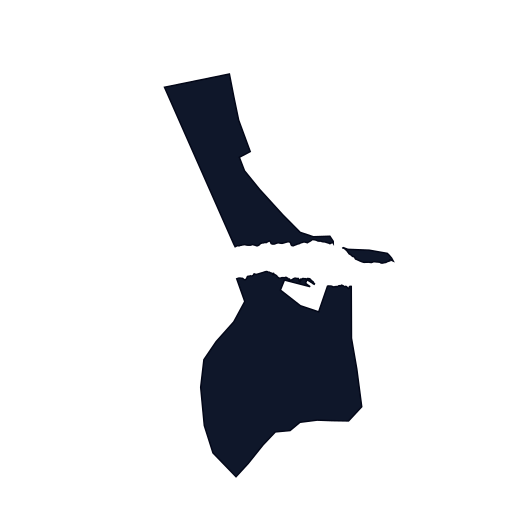 the district of Zemam Out, Al Bahr al Ahmar, Egypt, rotated 65°
{"feature_id": "37247803B53216268294562", "entity_name": "Zemam Out", "entity_type": "district", "adm_level": 2, "iso_a3": "EGY", "parent_name": "Egypt", "parent_adm1": "Al Bahr al Ahmar", "projection": "orthographic", "projection_center": [31.011, 28.84], "detail": "fine", "context": "isolated", "style": "filled", "palette": "ink", "viewbox_px": 512, "rotation_deg": 65, "n_neighbors": 0, "source": "geoboundaries", "source_scale": "gbopen_adm2", "svg_char_len": 5942}
<svg xmlns="http://www.w3.org/2000/svg" viewBox="0 0 512 512"><g transform="rotate(65 256 256)"><path d="M268.5,283.1L292.5,285.4L306.3,304.0L316.7,328.2L327.9,347.0L351.6,361.6L387.8,374.5L416.3,378.2L447.6,367.4L440.7,350.7L430.2,329.5L423.6,312.8L428.6,298.9L425.3,286.4L430.6,269.9L437.4,256.6L444.6,241.8L437.3,223.9L401.0,212.4L370.8,204.2L323.8,182.5L323.5,182.9L323.4,183.5L323.2,184.0L323.6,184.7L323.7,184.8L323.9,184.9L324.4,185.1L324.6,185.5L324.6,185.9L324.5,186.1L324.2,186.4L323.9,186.4L322.7,186.7L322.2,186.9L321.8,187.1L321.7,187.3L321.4,187.6L321.4,187.8L321.3,188.5L321.1,188.9L320.8,189.1L319.8,189.6L318.6,190.7L318.6,190.9L318.6,191.3L318.8,191.6L319.1,191.8L319.1,192.0L319.0,192.3L318.5,192.5L318.1,193.0L318.0,193.4L318.2,195.6L318.0,195.8L317.8,195.8L317.4,196.4L317.4,197.8L316.9,198.1L316.9,198.5L316.9,198.8L317.0,198.9L317.0,199.2L316.9,199.3L316.2,199.4L316.0,199.6L315.9,199.9L315.4,200.1L315.3,200.3L315.0,200.7L314.7,201.2L314.2,202.3L313.8,202.9L313.6,203.5L313.6,204.0L333.1,222.8L319.8,236.8L297.2,248.3L289.8,240.4L306.7,219.9L305.5,220.5L304.9,220.9L302.3,222.3L301.4,222.4L300.5,221.4L300.3,221.1L299.9,220.8L299.7,220.4L299.6,220.0L299.6,219.6L299.9,219.2L300.8,218.7L301.3,218.3L301.7,218.1L302.5,217.5L303.0,217.3L303.4,216.9L305.5,215.8L306.2,215.2L305.8,214.7L304.8,215.1L304.8,215.3L304.5,215.5L304.2,215.4L303.8,215.1L303.7,215.1L301.5,216.2L301.5,216.3L300.6,216.4L300.2,216.7L299.5,216.8L299.3,216.9L299.3,217.3L299.1,217.6L298.8,217.7L298.7,217.8L298.7,218.1L298.2,218.7L298.1,219.0L298.2,219.6L298.6,220.0L298.6,220.3L298.5,220.6L298.4,220.7L298.1,220.7L297.8,220.6L297.5,220.7L297.0,221.8L296.4,222.6L296.1,223.4L296.1,223.8L296.3,224.0L296.7,224.4L296.8,224.7L296.7,224.9L296.4,225.1L296.0,225.1L295.8,225.3L295.8,225.5L296.0,225.8L296.5,225.8L297.0,225.9L297.4,226.4L297.8,226.7L298.0,227.0L297.8,227.3L297.5,227.5L297.1,227.4L296.8,227.4L295.4,227.2L294.5,227.2L294.1,227.3L294.0,227.8L293.7,228.4L293.6,228.7L292.9,229.3L292.8,229.7L292.5,230.2L292.4,231.9L292.5,232.2L292.7,232.8L292.7,233.7L292.6,234.1L292.7,234.7L292.7,235.1L292.6,235.6L292.4,235.7L292.1,235.9L291.6,235.5L291.4,235.3L291.1,235.4L290.9,235.5L290.8,236.1L290.6,236.5L290.3,236.6L289.6,236.6L289.2,236.9L288.9,237.3L288.5,237.4L288.2,237.6L288.2,237.8L287.9,238.1L287.8,238.4L287.8,238.9L287.8,239.2L287.4,240.1L287.2,240.3L286.9,241.0L286.7,241.3L286.5,241.9L286.4,243.2L286.2,243.7L285.7,244.5L284.4,245.2L283.9,245.5L283.4,245.5L282.8,245.6L281.8,246.1L280.1,247.4L279.2,247.4L279.2,247.7L280.0,247.8L280.3,248.0L280.3,248.4L280.1,248.6L279.6,248.8L278.8,248.6L278.3,248.9L277.4,250.0L276.2,250.9L275.6,252.1L275.0,252.3L274.4,253.2L274.1,254.7L273.9,256.8L273.6,258.6L273.2,261.5L273.0,262.6L272.9,263.4L271.8,264.9L271.4,265.2L271.6,265.8L272.0,266.1L272.3,266.6L272.5,267.2L272.3,267.6L272.4,267.8L272.2,268.8L272.0,269.2L271.8,269.5L271.5,269.6L271.6,270.2L271.5,270.6L271.0,271.8L271.0,272.3L271.3,272.9L272.1,273.6L272.9,274.9L273.0,275.8L272.8,276.3L272.5,276.6L271.9,277.0L270.8,277.5L270.3,278.0L270.2,278.4L269.1,280.0L269.0,280.6L268.7,281.1L268.5,283.1ZM277.1,180.6L275.3,179.8L269.3,180.7L262.8,195.9L253.2,206.0L229.8,214.4L197.1,224.6L173.9,230.4L159.5,229.4L158.9,217.1L125.5,214.3L103.1,209.0L79.8,203.2L64.4,267.6L235.7,271.1L238.8,271.0L238.7,268.9L238.8,268.5L239.6,267.1L239.7,266.6L239.6,266.3L239.7,265.9L240.0,264.8L240.2,263.7L240.3,263.2L240.6,262.4L240.7,262.0L240.9,261.3L241.9,260.2L242.8,258.7L243.0,258.3L243.2,257.9L243.3,257.5L243.6,257.1L243.9,256.2L244.0,255.7L244.0,255.0L243.9,254.6L245.9,252.2L247.1,251.0L247.3,250.6L247.3,250.1L247.4,249.6L247.3,248.5L247.1,248.2L246.6,246.5L246.8,244.8L247.0,244.4L247.3,243.5L247.4,242.8L247.3,242.4L247.3,242.1L247.8,241.7L248.1,241.3L248.2,240.6L248.0,240.0L248.0,238.0L247.9,237.5L248.2,237.2L249.5,236.9L250.5,237.0L251.1,237.0L251.6,236.6L252.1,236.1L252.4,235.5L252.9,234.3L253.0,233.7L253.0,232.6L253.3,230.6L253.5,230.1L254.0,229.5L254.3,229.0L255.0,228.0L255.6,226.9L255.7,226.3L255.6,226.1L255.9,225.5L256.0,224.4L256.4,221.9L256.5,221.4L257.1,220.0L257.4,219.7L258.2,219.2L259.6,219.2L259.9,219.3L260.6,219.4L260.9,219.4L261.1,219.3L261.4,219.2L261.8,219.0L262.0,218.6L262.4,218.1L262.5,217.8L262.5,216.6L262.6,215.7L262.6,214.8L262.7,214.6L262.7,214.1L262.6,213.8L262.7,213.5L262.7,213.2L263.0,212.1L263.0,211.7L263.1,211.4L263.1,211.0L263.0,210.6L262.9,210.3L262.9,210.1L263.2,208.8L263.3,208.0L263.4,207.0L263.6,206.6L263.7,206.2L264.1,205.7L265.0,204.6L265.7,203.9L265.7,203.7L265.5,202.7L265.5,201.3L265.2,199.2L264.9,198.4L265.0,197.9L265.2,197.6L265.7,196.6L266.5,195.4L267.7,194.2L268.4,193.7L268.8,193.1L269.2,192.5L269.6,191.5L269.7,191.3L270.3,190.6L270.9,190.0L271.4,189.3L272.3,187.7L272.7,187.2L273.3,186.6L275.1,184.6L275.4,184.2L276.1,183.8L276.0,183.3L276.0,182.3L276.1,180.9L276.2,180.7L277.1,180.6ZM318.5,133.8L315.2,134.0L311.5,135.0L309.1,135.9L298.6,150.9L288.8,169.9L286.9,171.8L285.4,173.2L285.4,173.9L285.5,173.9L285.7,173.4L285.9,173.3L286.4,172.8L287.0,172.5L287.5,172.3L288.1,172.0L289.0,171.7L290.3,171.2L290.6,171.2L291.1,171.1L291.4,171.1L291.9,170.9L292.3,170.8L293.0,170.8L293.3,170.7L293.8,170.4L293.9,170.2L294.2,170.1L294.5,169.7L294.8,169.5L295.2,169.5L295.5,169.4L295.8,169.2L296.6,168.9L296.9,168.8L297.4,168.4L297.9,167.8L298.2,167.3L298.5,167.2L299.1,167.1L299.7,167.1L300.2,167.2L300.8,167.0L301.0,166.9L302.3,165.6L302.8,165.3L303.4,164.7L304.2,164.1L306.0,162.4L307.1,161.2L307.6,160.4L307.8,159.9L308.0,159.2L308.7,157.8L308.9,157.2L309.3,156.4L310.2,155.0L310.5,154.5L310.7,154.1L310.7,153.6L310.8,153.1L310.8,152.3L311.0,151.5L311.5,150.6L312.6,148.8L312.9,148.2L313.3,147.5L313.9,146.5L314.4,146.1L315.1,145.7L315.2,145.4L315.7,144.9L316.1,143.4L316.2,142.8L316.7,141.1L316.6,139.3L316.8,137.9L316.9,136.8L316.6,136.8L316.3,136.8L316.1,136.6L315.9,136.5L316.0,136.1L316.2,135.9L317.0,135.1L317.5,134.7L318.5,133.8Z" fill="#0f172a" stroke="#020617" stroke-width="1.5"/></g></svg>